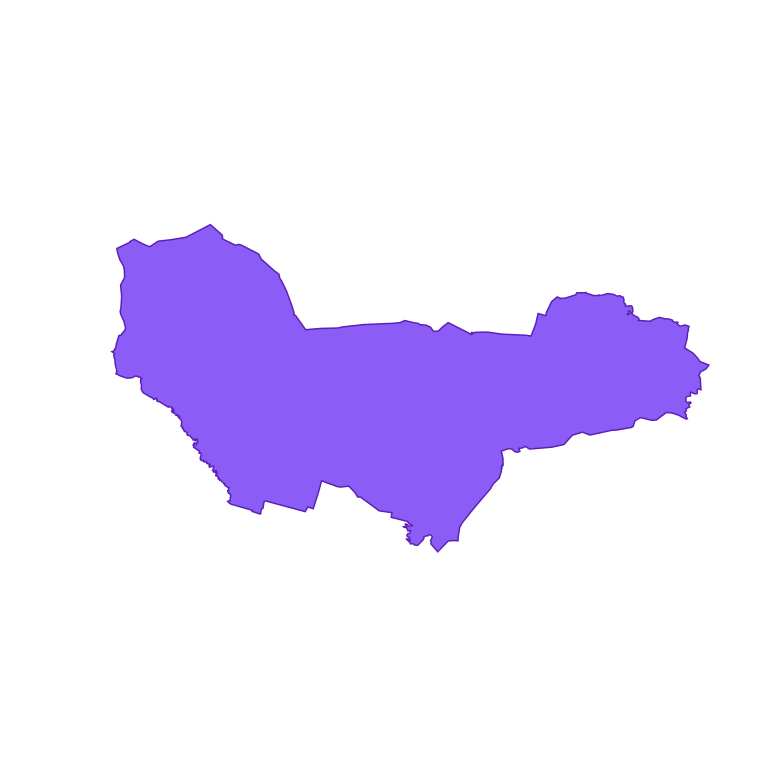 Laucesas pag., Daugavpils, Latvia, rotated 201°
{"feature_id": "27541924B83584172222196", "entity_name": "Laucesas pag.", "entity_type": "district", "adm_level": 2, "iso_a3": "LVA", "parent_name": "Latvia", "parent_adm1": "Daugavpils", "projection": "natural_earth1", "projection_center": [26.54, 55.814], "detail": "fine", "context": "isolated", "style": "filled", "palette": "violet", "viewbox_px": 768, "rotation_deg": 201, "n_neighbors": 0, "source": "geoboundaries", "source_scale": "gbopen_adm2", "svg_char_len": 6122}
<svg xmlns="http://www.w3.org/2000/svg" viewBox="0 0 768 768"><g transform="rotate(201 384 384)"><path d="M452.9,218.2L452.7,218.8L453.3,220.8L453.4,223.7L452.5,224.6L453.8,231.3L452.6,232.4L411.8,236.6L411.1,241.9L405.4,242.3L406.3,258.2L407.6,271.4L402.0,271.2L393.9,271.6L392.4,271.3L388.1,272.0L380.2,276.0L372.2,272.3L368.2,269.1L365.4,270.0L343.1,263.9L330.5,266.7L329.5,262.1L312.8,264.1L310.5,262.5L307.6,262.5L306.8,262.2L306.9,261.8L310.0,260.1L312.5,261.3L313.5,261.2L313.8,260.9L313.7,260.3L312.2,259.7L312.0,259.0L314.6,257.7L314.1,257.4L311.9,257.8L310.7,257.6L309.2,255.5L308.3,255.6L307.2,256.7L306.6,256.6L306.3,254.6L306.9,253.6L308.1,252.6L308.5,251.1L307.6,250.0L305.0,249.9L304.9,249.3L305.4,248.3L303.5,247.5L304.3,247.0L307.1,247.7L307.5,247.2L303.2,245.4L301.9,244.2L299.8,245.3L297.6,244.7L295.2,245.2L294.5,245.9L291.6,252.7L291.5,254.5L292.0,255.8L290.0,257.4L288.6,258.0L288.2,259.3L286.9,259.7L285.3,259.5L284.1,258.7L284.4,254.3L283.2,253.8L283.0,251.6L273.7,246.6L267.8,260.5L263.1,262.7L258.7,264.2L259.8,267.3L262.0,277.3L261.3,282.2L255.9,299.3L246.8,325.2L247.0,325.7L246.0,330.4L242.7,337.6L242.9,340.3L243.2,340.4L243.0,341.0L243.1,344.3L243.6,346.0L243.8,347.8L244.6,347.8L243.9,350.1L244.6,350.0L244.6,350.7L243.8,350.7L243.9,351.3L246.3,357.2L250.4,363.4L245.4,367.6L243.6,368.6L240.7,369.0L237.9,367.7L235.2,368.0L233.7,369.0L233.0,370.1L235.1,371.8L235.1,372.2L231.9,373.9L229.5,376.4L224.9,375.4L204.6,385.2L195.9,390.9L194.2,392.2L189.9,403.6L181.6,410.1L173.4,410.2L154.8,422.4L150.3,424.4L137.3,432.2L136.2,433.8L136.5,439.5L133.0,444.0L131.5,444.7L120.8,446.1L116.8,448.0L110.2,458.6L105.3,460.0L102.2,460.3L97.2,460.4L89.6,459.5L88.4,460.3L90.7,462.3L90.9,463.7L93.2,465.3L92.2,467.2L92.2,467.8L93.1,469.0L93.0,469.4L90.4,472.1L92.2,474.2L90.7,475.9L90.7,476.5L91.6,477.0L93.9,475.5L95.4,475.6L96.1,476.5L97.2,479.8L96.5,481.0L93.6,482.7L94.9,485.8L94.8,486.4L90.7,486.1L88.8,486.8L88.4,487.2L88.5,488.4L89.5,491.3L88.7,492.2L86.1,492.2L90.9,503.0L93.4,505.0L92.8,506.2L93.0,508.4L88.7,513.7L87.5,518.1L97.1,518.2L100.8,520.7L106.6,523.6L116.3,525.4L117.3,534.8L119.0,540.9L119.1,543.4L119.8,544.8L119.9,547.1L124.1,547.0L128.3,544.0L132.0,545.2L131.7,546.8L132.7,546.9L135.1,545.6L136.8,546.1L137.3,546.9L140.9,546.9L145.4,545.5L150.8,544.9L156.0,540.5L157.9,538.0L169.3,534.5L169.1,535.8L170.0,536.8L171.2,537.3L174.5,537.4L178.4,538.7L179.6,538.5L180.7,536.4L181.5,536.1L181.9,536.4L181.4,538.0L181.8,539.5L181.6,539.8L180.6,540.1L178.7,539.0L177.7,539.8L177.7,540.9L178.4,542.6L179.6,544.6L180.2,545.3L181.3,545.6L185.7,543.5L186.9,543.5L187.0,545.0L188.8,545.7L189.7,546.8L190.0,548.3L191.7,550.8L193.2,550.5L195.3,551.0L198.1,549.5L202.0,549.9L207.8,548.5L212.3,545.0L214.5,543.8L215.3,544.2L216.3,543.0L221.0,541.5L224.4,541.6L226.4,541.0L228.3,541.9L229.6,541.0L236.7,538.3L237.0,535.9L245.9,528.9L249.6,527.3L253.6,527.3L257.1,520.8L258.0,509.0L257.5,505.8L265.4,505.0L263.9,494.8L263.9,481.5L268.8,480.4L292.2,472.7L305.8,469.6L315.7,465.7L317.3,464.9L317.4,464.4L320.7,463.5L320.7,462.6L319.4,462.2L319.7,461.6L346.1,464.3L350.0,457.9L352.2,453.0L355.8,451.2L357.2,451.2L360.9,453.7L366.0,454.0L372.0,452.2L373.4,452.9L377.9,451.9L387.3,450.7L391.0,447.1L396.8,444.1L423.8,432.4L442.8,422.6L447.4,419.6L463.2,413.1L476.6,406.6L490.9,416.1L492.7,416.3L492.4,416.6L497.5,423.4L508.3,435.8L516.2,443.2L519.1,445.3L521.4,448.8L527.0,450.4L543.2,456.5L547.6,460.4L567.3,462.6L569.9,462.2L572.0,460.3L586.6,461.5L588.3,465.0L603.2,470.6L621.4,450.1L634.1,442.6L646.0,436.4L651.9,428.2L659.1,428.3L669.2,429.5L672.3,425.9L672.0,425.2L681.9,414.9L681.7,413.9L677.7,408.4L674.8,405.1L669.6,400.9L666.9,396.7L664.3,390.2L665.4,382.0L660.5,372.2L659.6,369.6L657.0,361.3L656.3,357.1L654.9,354.9L648.9,348.9L645.5,343.8L645.2,342.7L645.6,340.0L646.9,336.6L646.6,335.6L648.8,334.4L648.5,328.3L647.9,327.1L648.4,326.0L647.3,321.6L648.0,320.1L647.6,319.9L647.9,318.2L649.7,316.7L646.6,315.8L646.7,314.1L643.8,309.9L642.0,306.0L639.0,301.9L637.7,299.1L638.0,297.5L633.0,297.1L626.4,297.3L623.3,298.5L620.6,300.3L619.3,302.1L616.6,303.0L615.7,302.4L614.2,303.2L612.1,302.0L612.8,301.3L611.8,298.4L609.9,295.8L608.7,292.0L605.8,289.6L597.6,288.1L595.1,288.1L593.5,287.1L592.4,287.9L592.2,288.9L591.6,289.1L590.5,288.5L590.3,288.2L590.5,287.6L589.6,286.7L586.6,286.9L578.0,285.2L576.7,285.3L576.7,285.8L576.2,286.2L573.4,285.9L573.5,285.1L572.9,284.9L572.3,285.4L570.4,283.7L571.0,283.5L571.9,284.1L572.7,282.7L571.4,281.8L569.7,281.9L570.2,281.6L565.4,281.0L566.2,280.4L564.1,280.5L564.7,280.1L564.3,279.4L560.8,277.8L559.7,276.8L558.6,274.3L558.4,272.0L557.3,271.6L556.6,270.9L556.2,271.2L555.7,270.0L554.7,269.8L554.6,269.2L553.3,268.6L553.3,268.2L550.8,268.4L549.7,266.1L548.9,265.7L546.6,266.1L543.6,264.4L541.7,264.0L542.0,263.5L540.8,263.7L540.0,263.3L539.9,263.9L539.4,264.3L540.4,264.4L540.4,264.8L539.7,265.4L538.6,265.3L539.0,264.3L537.5,263.9L536.9,262.7L538.0,262.1L537.6,260.5L538.5,261.1L540.1,260.9L540.2,259.8L539.7,259.5L540.3,258.7L540.1,258.1L538.9,258.0L539.1,256.9L538.8,256.7L532.4,255.2L531.7,253.1L531.1,253.2L530.8,253.9L529.7,253.4L529.3,252.6L529.1,249.1L528.7,248.4L528.0,248.3L528.0,247.4L526.3,247.3L525.2,248.0L524.8,246.9L523.6,246.9L522.7,247.8L522.2,247.4L521.3,247.5L521.1,246.4L520.7,246.2L519.6,246.8L518.6,246.2L517.7,246.7L517.4,246.3L518.0,245.1L517.2,243.8L515.9,244.6L514.9,246.0L513.5,246.3L513.1,245.6L513.4,244.3L512.6,242.6L513.0,242.0L512.0,241.9L512.3,241.4L511.7,240.8L511.1,240.8L510.9,242.0L509.7,243.1L509.4,242.9L509.8,242.2L509.6,241.8L508.3,241.8L507.8,241.3L509.2,240.7L508.1,239.8L508.5,238.6L508.0,238.0L507.7,238.0L507.7,238.7L506.8,238.8L505.8,237.6L504.9,237.4L504.9,236.4L504.2,236.5L504.2,235.9L503.0,236.0L502.8,235.3L501.9,235.6L500.4,234.6L499.6,234.7L497.9,233.8L496.7,233.9L496.5,233.4L496.9,232.8L494.6,231.8L491.5,231.6L491.8,230.7L490.8,229.3L491.7,228.5L491.4,227.6L490.5,227.1L490.1,226.3L488.9,226.5L487.6,225.7L487.8,225.3L486.8,224.5L486.8,222.8L485.9,220.3L487.8,218.5L487.0,218.3L486.7,217.7L483.9,217.0L461.3,218.9L461.4,217.8L452.9,218.2Z" fill="#8b5cf6" stroke="#5b21b6" stroke-width="1.5"/></g></svg>